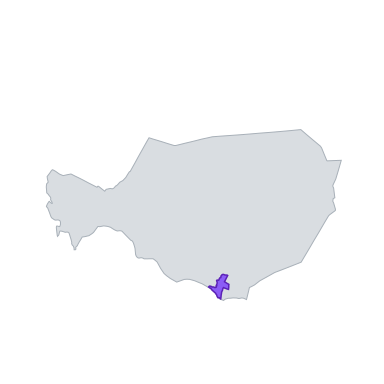 Maïné-Soroa, Diffa, Niger (highlighted), rotated 27°
{"feature_id": "23599985B74336618625682", "entity_name": "Maïné-Soroa", "entity_type": "district", "adm_level": 2, "iso_a3": "NER", "parent_name": "Niger", "parent_adm1": "Diffa", "projection": "orthographic", "projection_center": [11.886, 13.761], "detail": "fine", "context": "in_parent", "style": "filled", "palette": "violet", "viewbox_px": 384, "rotation_deg": 27, "n_neighbors": 0, "source": "geoboundaries", "source_scale": "gbopen_adm2", "svg_char_len": 4190}
<svg xmlns="http://www.w3.org/2000/svg" viewBox="0 0 384 384"><g transform="rotate(27 192 192)"><path d="M289.4,263.1L286.2,263.2L284.4,263.8L282.2,265.6L279.6,266.3L276.5,267.8L274.6,269.1L272.7,270.1L270.2,272.4L269.4,274.3L266.8,274.6L263.3,274.3L261.0,272.5L255.8,270.6L252.5,269.8L250.9,269.6L242.9,269.2L234.5,269.9L230.1,270.8L229.3,271.0L226.9,272.1L224.8,273.4L219.3,279.2L212.0,278.9L207.7,278.2L204.1,277.3L199.0,274.5L192.7,270.2L190.3,269.6L188.1,269.2L187.3,269.3L179.7,273.3L178.3,273.2L176.5,273.6L175.3,274.6L174.4,275.1L173.5,275.2L172.3,274.9L171.2,274.3L170.0,273.1L167.0,268.4L166.4,267.6L165.1,266.2L162.9,264.0L161.4,262.9L160.5,262.7L159.4,262.8L153.4,260.8L147.4,258.7L146.1,258.9L145.2,259.3L143.0,260.7L140.6,260.9L137.5,260.7L135.7,260.4L133.0,260.8L131.1,261.4L128.7,262.3L125.5,264.8L124.6,265.1L123.8,265.5L122.6,272.8L121.6,274.9L120.0,277.7L116.8,280.4L114.6,282.0L114.5,284.2L114.2,287.9L114.1,290.4L114.2,292.1L113.8,292.8L113.6,293.5L113.7,294.6L114.2,295.1L114.5,295.8L114.3,296.4L113.2,297.0L112.2,295.3L110.8,294.1L109.2,293.5L108.2,292.6L107.7,291.4L105.7,289.1L101.1,284.4L100.6,284.3L99.8,284.1L98.5,284.6L97.6,285.3L97.1,285.5L96.2,285.6L93.9,286.0L92.1,286.7L92.0,287.3L92.8,290.7L92.3,292.6L91.5,291.7L89.1,288.1L87.4,285.5L87.1,284.9L86.8,284.0L87.0,283.7L87.7,283.4L89.4,283.1L89.7,282.9L89.8,282.2L89.6,280.9L88.8,279.1L87.9,277.9L87.3,277.6L86.4,277.5L85.3,277.7L83.2,279.0L82.4,279.2L80.3,279.0L78.5,278.7L77.4,277.9L74.2,274.9L70.6,271.7L69.1,271.2L68.8,270.9L68.6,268.6L68.8,265.8L69.1,265.1L70.6,265.6L72.2,265.9L72.7,265.4L71.5,264.3L69.6,263.2L69.0,261.7L68.5,261.1L67.7,260.6L66.7,260.2L65.8,259.8L65.2,259.3L64.1,259.1L63.0,258.7L61.4,256.1L59.9,253.7L59.1,251.7L58.8,250.6L59.4,248.7L58.9,247.9L57.2,245.9L55.9,244.0L56.4,241.2L56.8,238.9L56.9,237.4L57.2,236.6L57.4,235.6L58.4,235.4L60.9,235.5L65.8,236.2L69.7,235.9L69.9,235.8L72.8,233.4L76.0,230.9L80.6,230.9L85.6,230.8L89.5,230.8L95.2,230.9L99.9,230.9L105.2,230.9L105.4,229.7L105.8,229.4L106.3,229.4L110.2,230.2L113.9,230.9L114.3,228.6L117.6,225.9L119.5,225.4L120.0,224.9L120.6,224.0L121.0,222.5L121.2,221.4L121.9,220.6L122.5,219.0L123.2,216.1L125.2,213.2L126.4,209.2L126.7,205.3L127.0,202.4L127.6,201.8L127.8,196.5L128.0,191.2L128.1,186.8L128.3,181.2L128.5,176.4L128.7,171.1L128.9,166.3L129.1,163.2L132.8,162.6L136.6,161.9L142.2,160.9L148.3,159.9L155.0,158.7L156.5,157.9L161.6,153.5L163.9,151.5L168.5,147.6L172.1,144.5L176.5,140.6L181.3,136.7L185.0,133.6L190.9,130.0L199.7,124.7L208.5,119.4L217.3,114.0L226.0,108.6L234.7,103.3L243.4,97.9L252.0,92.5L260.6,87.0L269.2,89.1L277.4,91.0L285.7,92.9L287.6,94.0L292.1,97.9L297.8,102.8L298.0,102.8L298.3,102.9L303.6,99.9L310.6,96.0L312.6,106.3L314.2,115.1L314.4,120.7L314.5,122.2L315.1,123.2L316.4,124.2L321.9,132.3L320.8,133.7L321.6,136.3L323.0,137.3L327.5,142.1L328.1,143.1L327.9,143.9L325.0,149.7L324.5,151.1L324.0,158.4L323.7,163.6L323.3,170.7L322.7,179.3L322.3,186.5L321.7,196.0L321.1,205.0L316.7,210.0L308.8,218.9L302.3,226.1L299.1,230.9L292.7,240.4L289.9,246.4L287.7,249.6L286.5,251.0L287.6,255.4L289.4,263.1Z" fill="#d9dde1" stroke="#a8b0b8" stroke-width="1"/><path d="M256.3,252.1L256.2,253.1L256.0,253.4L256.0,253.8L256.3,254.6L256.5,255.2L255.8,255.9L255.7,256.1L255.7,257.1L255.9,258.3L255.7,258.6L254.7,258.9L254.3,259.1L254.2,259.5L254.2,259.9L254.6,260.2L255.3,260.9L255.7,261.6L256.0,262.6L256.0,263.5L256.5,264.0L256.5,264.3L256.1,264.5L256.2,265.0L256.8,265.4L256.7,266.1L255.7,266.8L254.4,266.8L253.4,267.4L251.4,267.4L251.1,267.6L250.4,267.8L250.0,268.5L249.9,269.1L251.3,269.3L251.9,269.4L252.8,269.4L253.5,269.8L254.6,270.4L256.0,270.7L257.9,271.2L258.9,271.4L259.8,272.1L260.6,272.4L261.5,273.4L262.2,273.9L263.0,274.4L263.4,274.1L264.1,274.1L264.5,273.8L264.8,274.0L265.7,274.0L265.9,274.4L266.0,274.4L266.2,274.2L266.0,273.8L265.7,272.9L265.4,272.1L264.9,270.9L264.0,268.1L263.8,267.7L263.8,265.8L263.4,264.4L263.4,262.9L267.3,262.5L268.7,262.2L268.2,260.7L267.7,259.6L266.9,258.0L266.9,257.7L266.6,257.5L264.8,257.5L264.1,257.4L262.9,257.3L261.7,257.2L261.7,250.2L260.9,250.1L260.6,250.3L259.6,250.7L259.2,251.0L257.5,251.1L256.8,251.5L256.3,252.1Z" fill="#8b5cf6" stroke="#5b21b6" stroke-width="1.5"/></g></svg>